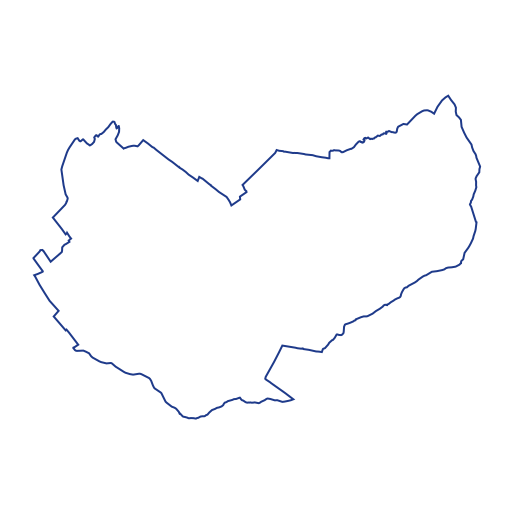 Cristesti, Botosani, Romania, rotated 271°
{"feature_id": "2599482B85753621682274", "entity_name": "Cristesti", "entity_type": "district", "adm_level": 2, "iso_a3": "ROU", "parent_name": "Romania", "parent_adm1": "Botosani", "projection": "robinson", "projection_center": [26.725, 47.605], "detail": "fine", "context": "isolated", "style": "outline", "palette": "blue", "viewbox_px": 512, "rotation_deg": 271, "n_neighbors": 0, "source": "geoboundaries", "source_scale": "gbopen_adm2", "svg_char_len": 6052}
<svg xmlns="http://www.w3.org/2000/svg" viewBox="0 0 512 512"><g transform="rotate(271 256 256)"><path d="M254.9,461.6L256.3,463.2L262.8,464.5L267.9,468.1L269.8,469.2L272.5,470.6L277.2,472.7L279.7,473.2L284.8,474.8L286.9,475.2L293.6,475.9L294.0,475.3L309.3,470.2L310.2,469.5L311.4,469.0L313.2,469.9L314.7,470.0L316.2,471.1L319.2,472.2L321.5,472.6L325.1,474.1L328.6,475.1L330.5,474.8L334.0,474.8L336.8,474.2L337.6,474.3L339.7,475.2L343.6,477.8L346.9,477.9L348.3,478.3L349.4,478.5L358.1,474.7L359.8,474.4L361.5,473.8L364.8,471.6L368.3,470.2L371.2,469.5L378.1,464.5L383.0,461.9L388.7,459.3L395.7,458.5L398.2,456.5L400.4,454.0L403.8,453.2L407.8,453.3L411.0,451.9L415.5,448.2L419.6,445.4L417.9,442.7L414.8,439.3L408.4,434.9L401.4,431.6L403.3,428.7L404.6,425.4L404.7,424.4L404.5,422.1L404.4,421.4L403.7,419.7L400.6,414.7L399.0,412.9L390.1,404.7L390.6,401.1L387.8,396.0L387.4,395.7L385.8,395.0L382.7,394.5L381.9,393.8L381.7,393.1L381.9,391.7L382.2,390.8L382.2,389.6L383.3,386.8L382.6,385.7L382.5,384.0L382.1,383.9L381.2,384.4L380.7,384.3L380.4,384.0L380.9,382.3L380.8,381.4L379.8,380.6L379.6,379.3L378.3,377.9L378.2,377.5L378.5,375.7L376.7,373.6L376.7,373.2L376.3,372.5L375.5,371.9L375.4,370.9L375.0,370.2L375.3,368.9L374.9,368.4L374.9,368.0L376.4,366.0L375.5,364.3L375.6,363.8L376.0,363.4L375.8,362.5L375.3,362.0L374.3,361.5L373.7,362.5L372.6,362.2L372.1,362.0L371.8,361.6L371.8,361.2L371.3,360.9L371.2,360.2L371.9,359.5L371.9,358.6L372.6,357.9L372.1,356.6L369.2,353.9L366.5,352.0L364.8,349.5L364.8,348.7L364.5,348.1L363.3,344.9L361.4,341.3L361.2,340.1L361.6,339.7L361.7,339.1L362.5,338.3L362.9,337.0L363.0,333.1L363.2,332.2L362.7,331.3L362.6,330.8L362.5,329.7L362.7,329.1L361.2,327.7L355.0,327.7L355.0,326.3L355.5,323.8L355.9,320.0L356.8,314.4L357.8,310.9L358.4,303.7L358.8,302.3L359.7,295.6L359.7,292.0L359.6,291.3L360.8,283.5L360.8,282.1L361.3,281.2L361.6,277.4L362.3,274.8L359.4,273.4L341.4,255.8L326.8,241.3L325.6,242.1L322.1,243.6L321.3,244.4L320.7,245.2L319.7,245.4L315.1,238.9L312.3,239.2L306.1,230.5L309.3,229.1L311.7,227.6L314.5,225.6L319.4,217.8L322.0,214.6L325.5,209.8L326.1,209.2L326.2,209.3L327.1,207.9L332.5,201.1L332.6,200.5L334.1,197.9L330.0,196.4L333.3,191.7L336.2,187.2L338.8,184.3L341.2,181.0L342.6,178.6L343.4,177.8L343.2,177.7L348.6,170.6L351.0,166.9L360.4,154.4L362.6,151.8L363.0,150.6L363.6,149.8L366.6,146.0L369.9,141.2L364.6,136.8L363.6,135.7L364.1,132.9L364.1,131.3L363.8,129.7L363.0,126.5L361.8,123.7L361.4,122.1L361.1,121.8L367.3,114.6L368.1,114.1L370.3,113.5L374.2,115.6L377.7,116.9L381.2,117.0L383.2,116.6L383.5,116.5L383.5,116.2L381.4,114.8L381.2,114.4L381.8,114.1L384.7,113.6L385.6,112.8L387.4,112.2L387.8,111.6L387.8,110.3L385.5,108.3L382.2,106.0L379.8,103.6L377.4,101.7L376.1,100.2L375.3,99.2L375.2,98.3L374.8,97.6L372.6,96.1L372.8,95.5L373.9,94.6L374.0,94.1L373.7,93.7L372.5,92.7L371.7,92.2L370.2,92.8L367.3,92.1L365.1,90.2L363.8,88.3L363.7,87.7L364.3,87.1L365.6,85.0L369.6,81.2L369.6,80.9L367.8,78.8L367.6,78.3L368.2,77.3L370.7,75.6L370.2,74.0L369.4,72.9L361.2,67.6L358.7,66.2L356.1,65.1L342.4,60.7L339.1,59.9L323.4,62.4L314.3,64.6L311.3,66.4L310.5,66.7L309.6,66.6L307.1,65.9L307.0,65.6L305.5,65.2L303.7,64.1L290.9,52.2L279.7,61.3L274.3,65.3L275.0,66.0L275.1,66.4L275.9,66.7L272.3,69.1L270.2,70.8L269.1,69.4L268.5,69.0L268.2,68.5L266.9,69.2L264.6,65.7L263.9,64.3L261.3,62.1L257.8,62.0L256.5,61.7L246.7,50.8L257.6,43.2L257.7,42.7L258.3,42.3L258.1,40.3L257.2,39.9L256.4,39.3L250.0,33.5L249.5,33.7L244.8,37.2L237.0,43.1L236.6,43.0L235.9,41.7L234.2,38.0L232.9,34.6L231.5,35.6L223.4,40.1L215.3,45.3L207.6,50.4L197.7,59.6L192.0,54.8L178.3,67.0L179.1,67.8L176.1,70.4L164.2,79.8L161.8,76.3L161.2,75.0L160.9,74.9L158.7,76.7L158.2,77.5L158.0,78.6L158.4,85.0L157.4,87.5L155.8,90.8L152.9,92.9L151.6,94.4L148.0,101.1L147.2,103.0L146.0,108.4L146.5,112.8L146.1,113.8L142.9,117.6L137.9,125.8L137.0,127.5L135.7,132.1L135.3,134.7L135.3,135.7L136.2,140.8L136.3,141.8L136.1,142.7L135.8,143.6L132.1,151.2L131.3,152.1L129.3,153.4L124.8,155.2L122.5,156.4L121.7,157.2L117.8,163.2L117.2,163.8L109.6,167.7L108.7,168.2L107.7,169.3L103.9,174.4L103.0,176.9L102.4,178.1L101.7,179.0L98.9,181.5L97.0,182.4L97.2,182.8L94.4,185.5L94.1,186.1L93.7,188.2L93.1,190.4L92.7,191.1L92.6,191.9L92.8,193.7L92.8,195.9L92.4,198.7L92.5,199.1L93.0,200.0L93.2,201.1L94.5,203.3L94.8,205.0L94.9,207.3L95.3,208.0L96.1,209.0L96.5,210.2L98.7,212.0L101.2,214.7L102.4,217.7L103.5,219.6L104.0,221.8L105.0,224.2L106.3,225.8L107.6,226.4L108.8,227.3L109.4,229.0L110.4,230.4L111.7,234.8L112.5,236.5L112.7,238.6L114.1,242.2L114.1,242.4L112.3,243.7L111.6,244.5L111.2,245.8L109.7,248.1L109.4,248.9L109.2,250.0L109.4,251.2L109.3,251.9L109.5,252.7L109.3,253.8L109.3,255.4L109.6,257.3L108.9,261.3L109.3,262.3L110.4,263.8L112.0,267.2L113.3,269.0L113.7,270.1L113.3,272.8L112.0,277.4L112.2,279.7L110.6,284.9L110.9,287.0L111.7,290.7L112.4,293.4L113.4,295.8L119.7,287.2L129.1,273.4L130.0,272.3L132.6,268.2L133.4,267.4L135.3,267.8L150.4,275.9L159.9,280.6L166.9,283.9L165.0,297.0L164.5,299.1L164.1,303.0L164.3,303.5L164.4,304.3L164.2,304.8L163.8,304.9L163.1,310.5L161.6,317.8L161.5,320.5L161.1,323.5L164.1,324.5L164.5,325.0L164.7,325.7L165.1,326.6L168.7,329.7L170.5,330.7L173.2,333.6L173.3,334.2L173.8,334.7L175.5,336.1L178.9,338.0L179.0,338.7L178.5,340.4L178.4,342.5L178.6,343.1L179.8,344.3L180.5,344.8L181.7,345.0L186.9,345.3L188.9,346.1L189.5,347.2L189.8,348.4L190.8,351.1L192.3,354.4L193.1,355.4L193.5,356.6L194.4,356.9L196.7,362.2L197.5,364.8L197.5,367.3L197.8,368.6L199.0,370.9L200.4,373.6L203.0,376.8L205.4,380.7L207.7,383.7L208.7,384.4L209.4,385.6L209.5,386.3L209.2,387.4L209.2,387.9L209.7,387.9L210.3,389.4L212.2,391.7L213.8,394.3L214.9,395.7L216.2,398.2L216.7,399.6L217.2,400.4L217.6,400.9L218.8,401.5L219.9,401.6L222.3,402.5L225.1,404.0L226.4,404.9L227.1,406.1L227.3,407.4L228.9,409.1L232.3,415.3L233.8,417.4L235.2,418.8L238.4,423.2L239.3,424.9L239.7,426.4L243.3,432.1L244.0,437.2L245.2,442.5L245.9,444.5L247.2,446.3L247.8,448.3L248.1,451.8L248.8,455.6L249.0,456.1L250.9,459.6L252.1,460.6L252.3,461.1L254.1,461.2L254.9,461.6Z" fill="none" stroke="#1e3a8a" stroke-width="2"/></g></svg>